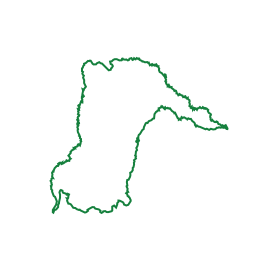 outline of La Esperanza, Norte de Santander, Colombia, rotated 164°
{"feature_id": "7082276B65622442021238", "entity_name": "La Esperanza", "entity_type": "district", "adm_level": 2, "iso_a3": "COL", "parent_name": "Colombia", "parent_adm1": "Norte de Santander", "projection": "equal_earth", "projection_center": [-73.378, 7.696], "detail": "fine", "context": "isolated", "style": "outline", "palette": "green", "viewbox_px": 256, "rotation_deg": 164, "n_neighbors": 0, "source": "geoboundaries", "source_scale": "gbopen_adm2", "svg_char_len": 5858}
<svg xmlns="http://www.w3.org/2000/svg" viewBox="0 0 256 256"><g transform="rotate(164 128 128)"><path d="M32.8,99.6L32.5,100.2L33.3,103.8L34.6,103.5L35.8,103.9L36.5,104.7L37.7,104.5L38.5,106.1L40.0,106.9L40.3,109.2L41.2,109.9L41.8,109.4L43.1,109.9L44.6,111.8L44.7,112.5L45.9,112.0L46.3,113.4L45.8,114.8L46.0,115.8L45.6,117.0L44.6,117.8L44.7,118.7L46.2,120.4L46.6,122.5L45.9,123.2L47.1,125.1L48.0,125.7L48.3,125.1L49.6,125.7L49.5,126.5L50.3,127.4L50.9,126.7L52.1,126.7L53.1,128.3L54.4,127.6L55.6,127.7L56.7,126.5L57.4,128.2L58.3,128.7L58.1,127.8L58.9,128.2L59.4,127.3L59.8,127.8L59.5,128.2L59.7,129.0L60.4,128.3L60.2,129.3L61.1,129.5L60.8,131.1L62.1,130.5L62.0,131.4L62.9,132.2L61.9,133.9L62.1,135.7L61.3,136.8L61.3,137.8L62.5,139.5L62.2,140.6L63.5,140.3L64.0,142.3L64.8,141.8L65.1,142.0L65.0,142.7L66.5,142.5L66.7,144.2L67.5,144.5L69.0,146.3L69.5,145.7L70.6,145.5L71.0,147.5L71.9,147.9L71.5,149.2L71.6,150.5L72.0,150.9L73.2,150.8L73.4,152.3L75.1,154.4L74.8,155.4L77.1,155.8L77.2,156.3L76.6,157.1L76.8,157.9L77.3,157.3L78.4,157.1L78.0,158.5L78.8,159.2L79.1,161.1L78.6,161.7L79.2,162.7L78.1,163.7L78.4,165.8L77.4,166.2L77.2,168.9L77.7,169.3L78.8,167.7L80.4,171.4L82.1,173.1L82.3,175.2L81.6,176.6L82.1,178.0L81.7,179.0L83.1,179.4L83.0,180.8L83.3,181.5L84.0,181.3L84.3,180.3L85.2,180.6L85.4,181.5L86.2,181.4L86.8,182.4L87.7,181.6L88.0,182.7L89.7,182.3L90.0,185.1L90.7,185.0L91.2,186.0L93.6,186.5L95.1,187.8L95.9,187.9L96.2,188.7L98.1,190.3L98.0,191.4L98.3,191.9L99.3,191.6L100.3,192.8L101.7,191.9L102.9,193.4L103.8,192.3L104.9,192.2L105.4,194.2L107.5,194.2L108.2,193.2L109.5,193.0L110.8,194.4L111.8,194.4L113.7,195.3L114.0,196.2L114.6,196.2L115.1,195.0L115.5,194.8L117.7,195.4L119.8,197.2L121.7,197.8L123.3,197.6L125.2,196.6L126.9,196.8L127.0,194.3L125.8,193.3L125.5,191.7L126.9,190.3L127.8,190.0L128.6,188.7L130.6,188.8L135.2,197.1L136.5,197.8L137.5,199.2L140.1,198.8L141.2,198.0L143.6,198.6L144.3,199.5L145.3,202.9L146.0,203.3L147.0,203.0L148.0,203.5L150.6,202.1L152.5,201.9L152.7,200.6L153.7,200.2L154.9,198.4L155.8,198.0L156.6,195.2L155.8,194.3L156.9,192.9L156.7,191.6L156.0,190.5L157.3,188.8L156.9,186.2L157.8,183.3L157.1,179.3L159.4,177.7L160.0,176.8L160.9,177.7L160.9,176.2L162.6,172.9L161.9,171.7L161.7,170.7L162.5,170.3L163.0,171.4L163.5,171.3L164.2,169.3L164.1,167.6L164.8,167.2L164.5,166.0L164.8,165.2L166.0,166.2L168.1,163.3L169.1,163.6L169.7,163.1L168.9,161.6L169.0,160.9L169.9,160.7L170.0,159.2L170.9,159.8L170.8,158.2L171.4,157.7L171.3,156.3L172.3,155.1L171.3,153.8L172.1,152.8L172.9,152.7L173.6,151.7L173.5,150.6L174.6,149.9L174.4,149.1L173.6,148.8L174.4,147.7L173.7,146.7L173.8,145.9L174.7,145.5L174.7,146.7L175.5,146.4L175.8,145.1L175.0,144.6L175.0,144.0L176.5,142.8L176.3,140.6L177.0,140.0L177.3,137.8L176.6,134.3L177.2,133.9L176.5,132.8L177.0,131.5L176.2,130.4L176.5,129.4L177.1,129.1L176.7,128.0L177.4,127.5L178.0,125.9L178.9,125.5L178.7,125.0L179.0,124.5L179.8,126.0L180.5,126.0L181.2,125.3L181.2,124.6L181.8,124.3L184.2,124.1L184.3,122.9L185.8,123.8L186.0,122.4L188.5,121.9L189.2,121.0L189.9,120.8L190.0,119.7L192.9,117.8L192.1,116.1L192.2,115.1L191.6,114.3L192.8,113.9L193.5,112.6L194.4,113.1L195.1,112.9L196.0,113.8L196.7,112.8L197.4,113.0L198.5,112.3L199.5,112.0L200.1,112.3L200.4,111.8L201.3,111.7L200.7,113.0L201.4,112.7L202.3,113.2L203.2,112.6L203.6,113.4L205.1,112.8L204.9,111.6L205.6,110.8L207.0,111.1L209.7,109.5L211.6,106.9L211.7,105.7L212.1,107.0L213.4,105.8L213.4,104.2L214.3,102.4L213.9,100.6L214.4,100.9L215.5,100.4L215.8,99.2L217.0,98.5L216.6,96.4L217.0,95.5L216.7,94.8L217.6,93.3L218.1,93.4L218.3,91.4L218.7,90.4L218.0,89.0L218.5,87.8L218.1,83.1L217.1,81.9L216.6,77.1L218.2,74.1L222.8,70.0L223.5,67.7L223.1,67.2L221.5,69.3L219.5,69.5L217.0,71.2L216.3,73.4L215.1,74.6L214.6,76.0L212.6,79.6L211.7,82.6L211.6,85.1L210.4,86.6L209.6,86.9L208.3,85.8L208.5,85.0L208.2,83.6L205.6,81.9L205.4,80.8L204.6,80.5L204.0,81.3L203.0,80.4L204.0,79.2L204.8,77.2L205.3,76.9L206.1,77.2L205.8,76.3L206.6,74.9L206.2,71.7L205.1,71.4L203.9,70.2L202.6,66.4L200.7,65.6L199.5,64.0L197.7,62.7L196.9,62.8L196.3,61.8L192.7,58.6L191.3,58.6L189.3,59.4L189.6,60.4L188.9,60.7L184.1,61.8L182.4,61.2L181.7,59.5L178.5,57.8L177.3,56.1L177.9,55.0L176.9,53.7L175.4,54.0L174.8,54.7L172.8,54.4L171.7,53.1L170.3,52.6L166.7,52.5L165.9,53.0L164.8,56.8L162.7,57.3L161.4,54.8L159.4,57.5L159.1,58.7L157.6,59.6L157.2,60.9L156.0,60.4L153.4,58.1L152.9,56.8L152.9,55.5L151.0,54.0L148.9,54.1L145.6,57.0L145.3,57.9L145.7,60.7L146.3,61.4L146.2,62.1L147.1,62.7L147.0,64.8L147.8,65.8L146.9,66.5L145.5,66.5L145.9,68.2L145.1,69.6L145.5,72.1L145.3,72.6L144.5,72.8L144.0,76.4L143.0,78.3L141.7,78.1L139.5,80.5L138.7,82.0L138.2,84.4L136.6,84.8L135.1,86.1L134.4,88.4L133.5,88.9L132.2,91.3L131.9,93.0L131.0,93.9L131.1,95.4L128.7,96.5L128.8,97.9L128.1,98.7L128.7,99.6L128.0,100.3L126.8,103.3L125.4,104.3L125.5,106.5L124.1,107.8L122.8,109.9L122.8,111.4L123.8,112.4L123.8,113.0L123.1,113.3L121.6,112.2L120.9,112.8L121.1,114.0L122.3,114.5L122.1,115.6L121.6,115.7L121.0,115.0L120.4,117.1L119.5,118.4L118.1,119.0L114.8,122.1L113.3,122.6L112.4,124.5L109.6,127.7L108.7,127.9L107.8,127.4L106.2,128.8L103.2,129.1L101.7,130.1L100.3,130.0L98.7,134.0L96.5,135.8L95.6,135.9L94.7,136.7L93.2,136.2L93.1,138.5L90.9,138.6L90.2,139.4L89.8,138.0L89.5,139.3L89.1,139.4L88.3,137.3L87.6,137.5L87.5,136.7L86.7,137.3L86.7,136.4L86.1,136.9L84.9,136.1L84.2,136.4L83.1,135.2L82.3,135.4L81.1,132.3L79.5,130.4L79.4,129.4L78.5,129.6L77.5,123.7L76.6,123.2L76.9,121.9L76.0,122.1L75.1,121.3L74.8,122.2L73.5,123.7L72.7,122.5L72.1,122.9L70.9,122.7L69.6,121.1L68.9,120.8L68.6,119.9L67.3,120.6L66.3,119.7L65.0,119.4L64.4,117.2L62.8,114.9L62.5,113.8L62.8,112.6L62.2,110.7L61.1,111.5L59.9,109.9L58.7,109.4L53.8,105.4L52.5,105.6L50.5,103.8L48.6,104.4L46.5,103.1L44.3,102.8L42.6,103.8L41.7,103.4L40.3,103.6L39.1,102.8L37.6,102.7L36.0,101.8L34.5,101.6L33.5,99.9L32.8,99.6Z" fill="none" stroke="#15803d" stroke-width="2"/></g></svg>